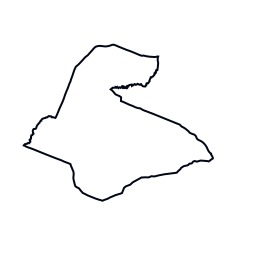 Angkor Chum, Siemréab, Cambodia (orthographic projection), rotated 22°
{"feature_id": "14789045B56044752523155", "entity_name": "Angkor Chum", "entity_type": "district", "adm_level": 2, "iso_a3": "KHM", "parent_name": "Cambodia", "parent_adm1": "Siemréab", "projection": "orthographic", "projection_center": [103.697, 13.721], "detail": "fine", "context": "isolated", "style": "outline", "palette": "ink", "viewbox_px": 256, "rotation_deg": 22, "n_neighbors": 0, "source": "geoboundaries", "source_scale": "gbopen_adm2", "svg_char_len": 5076}
<svg xmlns="http://www.w3.org/2000/svg" viewBox="0 0 256 256"><g transform="rotate(22 128 128)"><path d="M197.7,139.8L197.9,139.0L198.4,138.0L199.7,137.4L200.4,136.8L201.1,134.6L202.3,133.6L204.4,133.4L205.6,132.5L207.5,131.0L210.3,130.1L213.4,129.1L215.4,128.7L216.1,127.6L217.2,125.7L218.1,124.5L217.6,123.6L216.1,122.2L214.8,121.3L214.6,120.6L213.2,120.3L211.6,119.4L210.0,118.1L208.2,116.3L206.0,114.8L203.9,113.7L202.1,113.1L200.3,112.8L198.8,112.7L197.3,112.6L196.0,112.1L194.6,110.8L193.7,109.9L191.4,109.2L190.8,109.4L188.9,109.4L186.9,109.3L185.9,108.6L183.0,107.6L180.9,107.0L178.9,106.7L176.9,106.5L174.9,105.5L159.6,105.5L149.5,105.5L146.3,105.5L136.0,105.7L134.3,105.6L131.9,105.2L130.4,105.7L127.1,106.0L124.1,105.8L120.4,105.9L116.2,105.7L112.9,105.6L111.4,105.7L110.8,104.0L110.1,102.1L108.2,101.6L105.4,101.6L103.6,101.4L101.3,100.1L99.6,99.3L98.2,98.8L97.5,98.7L97.9,97.8L98.2,97.2L98.8,96.7L98.8,96.4L99.5,96.1L100.0,95.8L100.3,95.7L101.0,95.2L101.0,94.8L101.3,94.9L101.6,95.2L102.0,95.1L101.9,94.7L102.3,94.2L102.5,93.9L102.9,94.2L103.4,94.4L103.9,94.5L104.3,94.6L104.5,94.0L104.6,93.6L104.9,93.4L105.5,93.2L105.8,93.3L106.2,93.5L106.4,93.2L106.8,92.7L107.1,92.5L107.2,92.2L106.9,91.9L106.8,91.6L107.0,91.3L107.4,91.4L107.8,91.8L108.1,92.1L108.4,92.7L108.9,92.4L109.0,92.0L108.6,91.7L108.5,91.1L109.0,91.1L109.7,91.2L109.6,91.5L109.8,92.2L110.1,92.0L110.7,91.8L110.6,91.3L111.2,91.0L111.7,91.3L112.1,91.5L112.3,91.1L112.0,90.5L111.5,90.3L111.2,89.8L111.4,89.4L112.1,89.4L112.8,89.3L112.8,88.9L112.5,88.5L112.9,88.0L113.2,87.7L113.4,87.5L113.9,87.2L114.2,86.9L114.7,86.5L115.3,86.7L115.7,87.1L115.9,87.5L116.2,87.1L116.6,86.8L116.7,86.3L116.5,86.0L117.0,85.8L117.3,85.4L117.7,84.8L118.2,84.8L118.7,85.2L119.1,85.0L119.5,84.6L119.9,84.3L120.1,83.9L120.2,83.6L120.7,83.7L121.3,83.4L121.6,83.4L122.4,83.6L123.1,83.4L123.2,83.1L123.5,82.5L123.8,82.4L124.3,82.9L124.9,83.2L125.4,83.4L125.9,83.7L126.7,83.6L127.1,83.5L127.6,83.4L128.1,83.1L128.5,83.0L128.6,82.6L128.5,82.2L128.5,81.9L128.9,81.6L128.9,81.0L128.8,80.5L128.5,80.2L128.5,79.6L129.1,79.2L129.5,79.2L129.8,79.1L130.0,78.9L130.0,78.5L130.1,77.8L130.3,77.3L130.5,76.5L130.1,76.1L130.1,75.7L130.2,75.3L130.2,75.0L130.1,74.5L130.1,73.9L130.1,73.6L130.3,73.2L130.2,72.7L130.1,72.4L130.5,72.1L131.0,72.1L131.2,71.7L131.3,71.3L131.7,70.8L132.0,70.6L132.1,70.2L132.2,69.7L132.5,69.1L132.4,68.6L132.4,68.2L132.2,67.8L132.7,67.7L132.9,67.2L133.0,66.7L132.7,66.5L132.4,66.3L132.5,65.9L133.0,65.6L132.9,65.2L132.6,64.7L132.7,64.4L133.0,64.0L132.6,63.7L132.9,63.3L133.5,63.0L133.1,61.7L132.8,60.3L131.9,57.2L131.2,55.6L130.2,54.2L129.4,52.2L129.2,50.4L128.8,50.5L126.9,51.8L125.3,52.6L123.9,52.9L122.3,53.5L120.5,54.0L118.0,54.6L115.4,55.0L113.5,55.9L110.5,56.0L105.4,55.9L101.3,55.9L97.1,56.1L93.5,56.1L89.5,56.1L85.7,56.0L83.9,56.1L83.0,56.3L81.5,57.4L80.2,58.6L78.2,60.0L77.1,60.5L76.1,61.0L73.9,61.6L71.1,62.4L68.8,63.7L67.5,64.9L66.5,66.9L65.6,69.6L64.5,72.6L63.4,75.7L61.9,78.2L60.9,80.9L59.6,84.5L58.1,88.1L56.7,90.7L56.5,94.1L56.7,97.8L56.9,100.7L56.9,101.2L57.0,104.7L57.1,105.3L57.2,106.3L57.2,107.1L57.1,108.1L57.0,108.9L57.1,109.3L57.2,112.1L57.3,114.1L57.2,115.7L57.2,116.9L57.2,117.9L57.2,119.7L57.3,122.1L57.5,125.7L57.5,129.0L57.3,132.9L57.2,135.8L57.2,138.2L57.2,141.7L57.1,143.8L57.1,145.2L56.8,145.9L56.1,145.9L55.3,146.0L54.6,146.0L54.1,146.1L53.6,146.6L52.9,146.4L52.4,146.0L51.9,146.1L51.4,146.4L50.4,146.5L50.0,146.7L49.7,147.4L49.4,147.7L48.9,148.4L48.8,148.7L48.1,148.8L47.8,149.2L47.5,149.8L47.2,149.9L46.4,150.4L45.9,151.0L45.6,151.2L45.2,151.6L44.7,152.6L44.7,153.3L44.9,153.7L44.5,153.9L44.2,154.4L44.1,155.0L44.0,155.4L43.9,156.0L44.0,156.6L43.5,157.1L43.3,158.0L43.1,158.7L42.8,159.3L42.8,160.2L42.7,161.0L42.9,162.1L42.7,163.3L42.1,163.7L41.4,164.0L40.9,164.3L40.9,164.8L40.7,165.4L40.7,165.9L41.1,167.0L41.4,167.5L42.1,168.2L42.4,168.5L42.5,168.8L42.0,169.0L41.9,169.3L42.0,170.3L41.8,170.6L41.4,170.9L41.1,171.1L41.3,171.7L41.3,172.5L41.5,172.8L41.9,173.7L42.1,174.2L41.6,174.7L41.5,175.3L41.8,175.8L41.4,176.2L41.8,176.5L42.1,176.7L42.4,177.0L42.6,177.4L42.4,177.8L42.2,178.5L42.0,179.2L41.3,179.3L40.8,179.4L40.6,180.1L40.3,180.2L39.9,180.5L39.6,180.9L39.3,181.2L39.0,181.4L38.6,181.5L38.3,181.9L38.1,182.4L38.0,182.7L37.9,183.2L39.0,183.2L40.3,183.4L42.8,183.4L46.7,183.2L51.5,183.2L55.4,183.2L58.7,183.2L62.9,183.2L71.8,183.1L78.7,182.9L79.4,183.0L81.7,183.1L84.7,183.0L88.1,183.0L89.5,184.7L90.9,186.0L92.5,187.7L93.8,189.0L94.7,190.6L95.1,191.7L95.5,193.0L95.8,194.2L96.6,195.8L98.1,198.0L99.6,200.0L101.0,201.7L102.6,202.1L105.1,202.3L106.9,203.3L108.4,204.2L109.6,204.7L110.4,205.2L112.0,205.2L115.9,205.6L119.6,205.6L124.0,205.6L127.1,205.4L130.9,205.0L131.6,205.0L132.4,204.1L136.0,200.9L136.9,199.6L139.8,196.7L141.6,194.9L145.8,191.5L146.8,190.6L146.8,184.9L147.8,183.0L149.8,181.1L151.3,179.7L152.8,176.5L156.4,172.1L159.1,168.8L162.6,167.2L165.6,166.1L167.7,164.0L170.7,163.0L174.1,160.5L179.2,157.2L183.7,154.7L188.0,152.3L189.9,151.2L190.8,148.8L191.8,146.9L192.3,144.9L194.0,142.5L197.0,140.4L197.7,139.8Z" fill="none" stroke="#020617" stroke-width="2"/></g></svg>